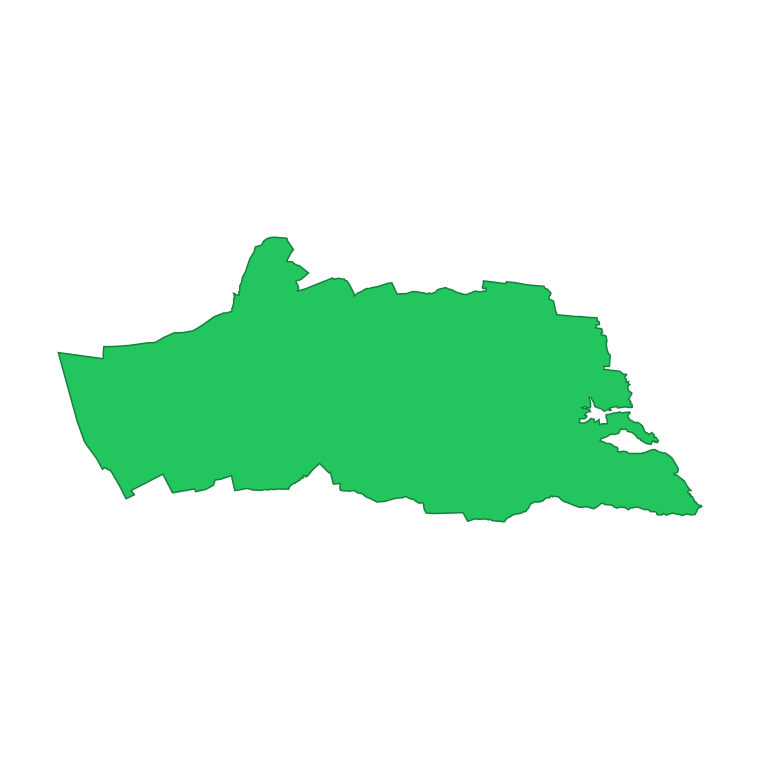 Naeni, Buzau, Romania, rotated 95°
{"feature_id": "2599482B87929584862181", "entity_name": "Naeni", "entity_type": "district", "adm_level": 2, "iso_a3": "ROU", "parent_name": "Romania", "parent_adm1": "Buzau", "projection": "orthographic", "projection_center": [26.48, 45.099], "detail": "fine", "context": "isolated", "style": "filled", "palette": "green", "viewbox_px": 768, "rotation_deg": 95, "n_neighbors": 0, "source": "geoboundaries", "source_scale": "gbopen_adm2", "svg_char_len": 6126}
<svg xmlns="http://www.w3.org/2000/svg" viewBox="0 0 768 768"><g transform="rotate(95 384 384)"><path d="M516.1,623.0L512.2,626.7L493.1,596.4L510.8,585.2L505.3,564.4L505.1,563.5L507.7,562.2L504.4,552.1L499.6,545.0L494.4,543.9L493.0,538.1L488.6,528.0L503.2,523.3L500.0,511.4L500.5,507.3L501.0,506.5L500.7,497.0L499.5,493.6L499.6,490.0L498.6,487.1L498.8,484.8L497.8,480.1L497.1,469.7L495.1,469.4L493.4,468.3L490.9,465.4L490.5,463.7L489.2,462.7L486.9,459.2L484.7,457.9L484.9,456.6L482.3,456.5L482.1,454.8L483.4,454.2L482.3,453.0L482.6,452.4L474.5,446.7L468.8,441.2L477.4,431.0L476.8,429.7L488.1,425.7L487.0,418.9L491.3,418.9L493.6,418.2L494.0,414.8L493.6,412.0L493.9,408.7L493.0,406.5L492.8,404.0L494.8,400.8L495.0,396.4L497.9,392.3L499.5,387.2L502.2,380.7L500.9,373.1L496.9,362.6L495.6,355.5L494.1,353.0L496.1,347.8L496.3,346.3L495.9,345.4L498.3,341.6L499.7,338.4L498.7,335.4L500.5,334.1L504.8,333.2L508.8,330.9L508.7,323.0L505.3,294.1L513.5,288.6L510.2,281.3L510.6,280.1L510.4,277.1L509.6,270.9L510.3,268.0L509.5,267.2L510.8,263.4L510.5,262.0L511.0,260.1L510.6,258.2L510.9,252.8L510.5,251.6L509.1,251.3L506.6,249.2L505.1,246.3L503.6,245.0L502.2,241.8L501.6,238.9L500.3,235.2L499.1,234.2L499.2,233.0L498.4,231.5L496.5,230.6L495.4,229.3L490.8,227.6L488.3,223.5L488.2,219.9L486.6,215.6L483.3,212.6L482.9,209.0L481.4,208.4L481.0,207.7L481.7,206.2L480.9,205.4L481.3,200.0L484.1,197.1L484.5,195.6L485.6,194.3L485.7,192.7L489.7,179.3L489.5,175.6L488.5,171.8L490.0,164.0L486.4,159.5L484.2,157.5L483.8,156.0L484.9,152.8L484.7,147.9L485.2,145.3L486.4,144.1L487.3,141.1L486.1,137.8L486.1,133.1L488.0,129.5L486.0,127.8L485.9,126.0L484.6,122.3L484.7,120.1L486.4,113.4L486.1,110.7L486.5,109.0L487.9,107.4L487.6,102.5L488.1,101.4L490.3,100.6L490.5,99.5L490.1,95.6L488.6,93.9L490.1,91.6L487.5,85.6L488.7,75.9L489.1,75.7L487.2,71.3L487.6,67.0L486.9,62.7L480.5,60.2L478.4,56.8L477.2,57.8L477.6,60.0L474.4,63.2L474.7,63.8L469.5,66.9L469.0,68.5L468.1,69.7L467.6,68.7L467.1,69.1L465.3,72.1L464.6,72.2L463.5,71.3L463.5,68.8L463.2,68.8L462.3,70.4L460.1,72.5L454.3,76.5L449.0,84.8L449.3,87.1L448.4,87.5L447.9,87.1L446.8,85.6L446.9,84.5L446.3,84.0L444.2,83.2L442.1,83.8L432.9,90.4L430.1,94.2L430.1,95.1L429.0,96.1L428.1,98.2L428.4,99.3L427.8,103.7L425.9,107.9L425.7,109.5L427.1,113.6L429.4,117.7L430.8,121.9L431.9,134.0L430.3,136.6L430.1,139.8L431.1,143.4L431.0,145.4L428.0,145.4L426.9,146.0L426.4,148.5L423.6,153.5L423.8,157.4L422.6,160.1L421.8,163.8L419.5,163.0L417.0,157.3L414.5,154.0L414.1,153.1L414.2,149.9L412.5,145.9L409.1,144.7L408.4,143.9L408.0,139.2L408.5,138.2L410.1,137.2L410.2,134.7L410.8,132.5L413.1,128.9L416.1,126.2L416.6,123.4L417.5,123.5L420.5,117.5L420.8,112.6L418.0,111.8L416.9,110.8L418.5,109.1L417.5,108.2L418.5,107.4L418.3,106.3L416.7,105.7L413.4,108.5L413.6,110.6L411.4,110.1L409.0,113.0L411.2,115.2L409.6,118.0L409.3,119.7L403.3,122.8L401.8,124.8L400.1,128.0L400.7,130.2L400.1,131.0L400.2,132.3L398.7,134.1L398.7,135.6L395.5,138.1L394.1,138.5L391.3,136.3L390.6,136.9L391.1,140.9L392.2,143.5L391.4,146.9L392.8,150.8L392.7,152.6L394.1,155.2L395.3,160.1L398.0,159.8L400.6,158.4L404.2,158.2L404.6,163.0L405.7,165.7L400.7,166.7L403.9,170.3L402.4,171.5L400.6,171.8L400.8,173.5L400.3,175.0L402.4,176.6L405.5,180.9L405.7,185.7L401.6,186.1L401.0,180.7L398.6,179.0L397.8,179.5L397.6,181.5L396.6,181.0L395.0,179.9L393.6,177.5L393.6,176.0L392.3,176.5L391.6,177.6L391.0,180.7L391.0,183.5L390.3,185.0L389.1,181.9L389.1,180.7L389.8,179.6L389.8,176.6L388.4,176.2L384.3,176.7L380.0,178.6L379.1,178.1L380.0,176.5L384.3,173.4L387.9,172.1L389.3,168.0L389.4,165.9L391.9,162.5L389.6,157.9L390.8,157.3L390.5,155.6L388.1,156.9L386.0,150.1L387.5,149.3L385.5,140.4L386.1,139.5L385.8,134.9L385.2,134.6L382.6,135.2L382.5,136.9L380.2,136.5L378.7,137.7L378.0,139.1L372.0,136.3L371.1,136.6L369.9,139.3L365.3,141.3L363.2,139.1L362.5,140.8L360.3,140.5L361.2,142.4L361.0,143.2L358.1,142.9L357.1,144.7L356.3,145.1L354.0,143.2L353.2,143.3L353.5,146.5L351.0,149.6L350.7,151.1L350.5,156.2L350.8,159.2L350.1,162.1L350.5,166.0L347.2,166.4L346.8,161.0L335.7,161.1L333.4,163.5L331.3,164.4L326.4,165.8L323.2,166.1L322.2,165.6L317.0,166.9L316.1,169.5L316.5,171.0L315.7,172.1L314.2,171.9L313.9,170.7L309.9,172.0L309.6,178.0L306.9,177.5L306.3,175.1L305.8,174.5L303.0,175.3L302.7,177.2L301.0,177.0L299.4,177.8L299.8,183.1L299.7,194.7L300.1,199.1L299.9,217.6L296.3,219.4L286.9,222.3L286.2,223.1L285.1,226.9L282.3,227.2L281.1,226.1L278.8,225.7L275.3,229.5L275.1,231.0L274.2,232.4L272.7,233.1L272.8,244.5L272.6,252.2L271.6,261.9L271.5,270.9L273.2,271.1L273.4,272.5L272.6,293.5L272.9,294.1L275.6,293.7L279.7,294.5L280.3,293.1L279.6,290.5L282.6,290.3L282.6,292.7L283.9,295.6L283.5,301.2L287.3,308.8L287.9,311.1L286.4,319.5L284.0,325.1L284.0,327.1L282.6,331.0L285.0,338.1L286.0,339.4L288.2,340.7L288.6,342.4L289.6,343.5L289.8,344.7L289.3,346.9L290.6,347.9L289.6,353.2L289.9,355.1L289.4,356.8L289.3,362.2L289.6,364.0L292.1,369.7L293.1,378.9L282.5,385.0L283.4,389.0L287.5,398.6L289.3,405.1L290.2,407.0L290.3,409.1L291.5,411.7L293.8,414.3L295.5,417.9L299.0,421.4L296.3,421.9L288.1,427.0L284.7,429.8L284.1,431.9L282.9,432.5L283.1,435.9L282.5,438.4L283.3,440.6L283.8,443.9L282.9,444.6L296.2,470.9L298.9,478.1L295.6,477.5L293.3,478.3L289.8,480.8L288.6,479.8L288.0,477.6L286.9,475.6L280.0,468.8L273.4,478.8L273.5,480.1L272.2,483.5L270.3,486.0L270.2,488.3L270.7,490.4L270.5,491.2L268.7,491.1L261.4,488.1L258.0,485.9L249.7,492.6L247.3,493.5L247.3,506.2L248.1,510.1L249.5,513.4L252.3,516.4L256.3,518.1L258.7,524.2L263.5,524.8L271.1,528.6L284.6,531.9L290.2,534.4L295.4,534.8L298.9,536.2L303.8,535.9L305.0,536.7L307.9,536.1L308.1,539.3L306.7,541.0L306.8,541.7L307.9,540.6L309.0,541.1L310.2,540.4L312.4,541.2L316.8,540.8L322.4,542.0L325.2,542.1L326.2,545.6L327.1,547.0L327.1,549.6L331.8,559.1L340.9,569.7L347.6,578.7L350.3,588.6L351.3,597.5L357.0,607.7L362.6,615.6L363.6,623.0L367.8,641.3L369.9,654.1L371.2,666.4L379.8,666.3L381.8,665.7L383.3,666.4L381.1,711.2L446.8,686.8L466.5,677.9L469.4,676.0L483.4,663.7L493.5,657.1L492.2,655.6L491.7,654.2L493.4,651.5L493.6,649.6L495.7,647.6L508.6,638.5L520.4,631.2L520.7,630.8L516.1,623.0Z" fill="#22c55e" stroke="#15803d" stroke-width="1.5"/></g></svg>